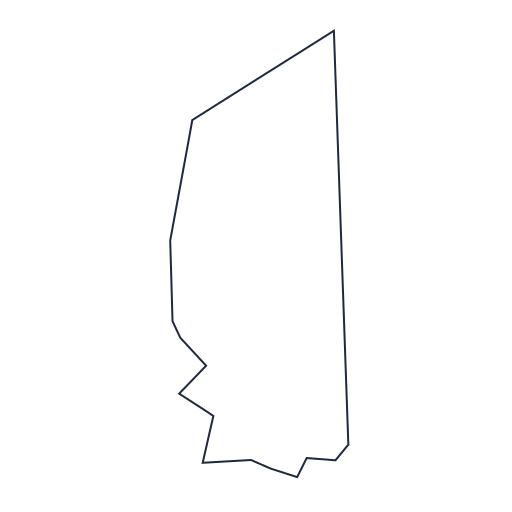 outline of Ñorquinco, Río Negro, Argentina, rotated 268°
{"feature_id": "61730980B33253419160429", "entity_name": "Ñorquinco", "entity_type": "district", "adm_level": 2, "iso_a3": "ARG", "parent_name": "Argentina", "parent_adm1": "Río Negro", "projection": "natural_earth1", "projection_center": [-70.687, -41.707], "detail": "fine", "context": "isolated", "style": "outline", "palette": "slate", "viewbox_px": 512, "rotation_deg": 268, "n_neighbors": 0, "source": "geoboundaries", "source_scale": "gbopen_adm2", "svg_char_len": 593}
<svg xmlns="http://www.w3.org/2000/svg" viewBox="0 0 512 512"><g transform="rotate(268 256 256)"><path d="M64.2,341.7L92.9,341.7L106.9,341.7L288.3,341.7L469.5,341.7L476.3,341.7L478.4,341.7L466.5,321.3L461.3,312.4L432.4,262.7L394.1,197.1L393.7,197.0L371.1,192.1L274.5,170.8L193.8,170.3L184.8,174.1L176.9,177.5L168.0,185.2L148.1,202.3L121.1,174.4L107.3,194.2L104.6,198.1L97.6,207.8L51.2,195.5L52.3,243.9L44.1,261.0L42.8,263.8L33.6,289.4L52.3,299.6L50.7,313.7L50.7,314.2L49.7,322.8L49.4,325.1L49.1,328.3L63.7,341.2L64.2,341.6L64.2,341.7Z" fill="none" stroke="#1e293b" stroke-width="2"/></g></svg>